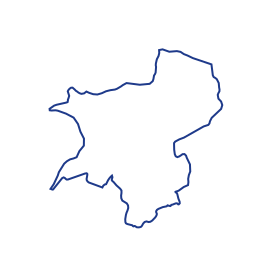 outline of Taraba, rotated 21°
{"feature_id": "NGA-2848", "entity_name": "Taraba", "entity_type": "State", "adm_level": 1, "iso_a3": "NGA", "parent_name": "Nigeria", "parent_adm1": "", "projection": "albers", "projection_center": [10.823, 8.016], "detail": "fine", "context": "isolated", "style": "outline", "palette": "blue", "viewbox_px": 256, "rotation_deg": 21, "n_neighbors": 0, "source": "natural_earth", "source_scale": "10m", "svg_char_len": 2785}
<svg xmlns="http://www.w3.org/2000/svg" viewBox="0 0 256 256"><g transform="rotate(21 128 128)"><path d="M204.5,159.8L201.2,163.1L197.8,168.3L196.6,169.4L195.6,170.1L195.2,170.6L195.5,171.0L196.8,171.2L197.6,171.9L200.4,175.9L202.6,178.3L203.3,179.8L202.8,181.0L202.3,181.3L201.8,181.1L201.3,180.9L200.7,180.8L199.9,181.1L199.3,181.5L196.9,183.7L196.0,184.2L195.9,184.7L195.8,185.2L195.5,185.7L195.1,185.8L194.2,185.9L193.6,186.0L193.0,186.0L192.7,186.0L192.5,186.3L192.3,187.0L192.1,187.3L188.8,189.4L185.4,192.6L184.4,194.0L184.1,195.6L184.4,196.4L185.7,197.8L185.9,198.8L185.8,200.4L185.4,201.9L183.8,205.7L182.5,207.5L181.0,208.4L178.7,208.6L177.2,209.8L176.4,211.8L176.1,214.1L175.7,215.4L174.6,216.4L173.2,217.1L171.8,217.5L171.2,217.4L169.9,217.1L169.3,217.1L169.1,217.2L168.5,217.8L168.2,217.9L167.8,217.8L167.1,217.4L166.8,217.3L165.2,217.5L161.7,217.9L160.2,217.7L159.3,216.8L158.1,214.1L157.2,209.8L157.0,207.5L157.1,205.3L156.9,202.6L155.8,200.3L153.9,198.8L148.7,197.8L146.9,196.0L145.8,193.6L145.2,191.0L144.3,188.7L142.5,187.5L137.8,185.7L133.9,183.6L132.4,183.1L131.4,182.3L131.1,179.5L130.1,178.2L129.3,179.8L128.6,181.8L128.1,184.0L127.7,188.3L127.5,188.5L127.2,188.6L126.8,188.8L126.1,189.8L125.7,190.5L125.5,191.4L125.4,192.7L110.9,192.9L109.4,192.4L108.2,191.5L107.6,190.4L106.8,186.2L106.3,185.3L105.6,185.1L104.2,185.9L90.4,197.6L89.1,198.1L88.0,197.8L86.9,197.3L85.6,197.2L84.5,198.4L80.2,211.9L80.2,212.1L79.5,212.6L77.5,212.6L78.8,207.1L79.5,197.6L79.3,194.0L81.2,184.2L82.9,180.9L85.2,178.0L88.0,176.0L90.5,173.7L90.9,167.0L93.1,160.3L90.7,153.7L84.9,148.5L79.9,142.2L73.5,137.8L65.0,136.8L56.3,137.0L54.1,137.4L50.3,139.1L48.6,139.5L47.9,138.2L51.0,133.6L53.0,131.9L61.1,126.5L62.3,125.5L62.1,124.0L61.7,122.9L61.8,122.0L61.6,119.1L58.6,115.3L58.9,113.5L59.5,112.1L60.4,110.8L61.8,110.2L64.5,111.2L65.9,111.9L67.4,112.2L69.1,112.7L70.7,112.9L72.3,112.8L74.6,111.4L76.1,108.9L79.2,109.1L83.4,108.9L87.4,107.7L91.1,104.9L94.3,101.6L98.0,99.0L102.0,96.8L103.6,95.4L106.5,91.8L107.8,89.8L110.5,86.6L123.5,83.4L132.4,79.0L134.3,75.4L134.2,73.2L133.5,69.7L133.9,67.9L133.9,66.3L132.3,60.9L131.4,59.4L130.9,57.7L130.3,53.5L130.7,49.8L130.3,46.8L129.1,44.1L132.1,42.2L139.2,42.0L146.1,38.7L149.8,38.1L153.7,39.0L157.5,39.0L163.5,39.5L183.1,38.7L188.3,48.4L189.7,49.7L191.6,50.0L193.4,50.6L196.6,53.5L198.6,57.6L199.6,59.2L200.2,61.0L199.9,63.0L199.9,64.9L201.9,68.2L205.4,69.9L207.8,72.8L208.1,76.8L202.5,88.5L202.1,92.4L202.4,94.5L201.9,96.3L198.1,99.4L183.7,116.9L180.0,120.2L176.9,123.8L176.4,125.6L178.9,131.7L181.1,135.7L182.7,137.3L184.5,137.5L186.0,136.2L187.2,134.6L188.3,132.9L190.1,132.1L192.1,133.0L193.5,134.7L198.9,139.8L201.7,146.3L201.7,150.1L202.4,153.9L203.8,156.9L204.5,159.8L204.5,159.8Z" fill="none" stroke="#1e3a8a" stroke-width="2"/></g></svg>